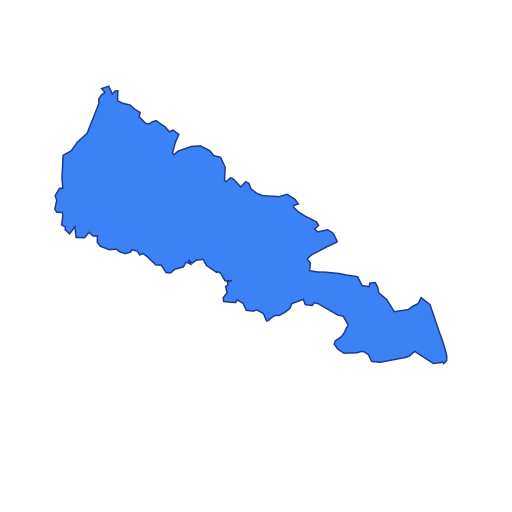 the district of Guaynabo, Puerto Rico, rotated 120°
{"feature_id": "32010507B75781996269938", "entity_name": "Guaynabo", "entity_type": "district", "adm_level": 2, "iso_a3": "PRI", "parent_name": "Puerto Rico", "parent_adm1": "", "projection": "robinson", "projection_center": [-66.113, 18.359], "detail": "fine", "context": "isolated", "style": "filled", "palette": "blue", "viewbox_px": 512, "rotation_deg": 120, "n_neighbors": 0, "source": "geoboundaries", "source_scale": "gbopen_adm2", "svg_char_len": 2772}
<svg xmlns="http://www.w3.org/2000/svg" viewBox="0 0 512 512"><g transform="rotate(120 256 256)"><path d="M211.1,81.0L209.5,92.2L216.1,91.8L220.8,95.0L226.2,97.3L235.1,108.4L228.3,121.1L226.6,131.0L221.8,135.5L219.4,139.5L222.7,143.9L225.9,142.6L228.6,149.3L223.2,157.7L224.5,161.2L225.8,164.5L227.3,168.1L229.4,174.8L235.2,187.6L239.2,195.0L241.9,202.3L235.0,205.4L233.0,210.2L227.3,208.5L220.7,204.3L212.1,198.9L203.9,193.1L202.8,193.0L198.8,198.8L197.6,201.5L197.5,207.2L204.3,214.7L203.3,218.7L198.1,217.1L196.2,220.8L196.9,233.4L196.6,241.5L195.1,247.7L193.4,248.8L189.8,245.3L187.4,250.5L187.1,258.0L187.1,260.1L193.0,265.5L200.3,280.2L201.3,286.1L200.4,293.9L196.6,298.5L197.0,302.2L203.8,303.6L200.6,314.5L201.0,317.2L206.6,319.0L206.1,321.1L199.8,324.4L194.5,327.1L193.0,329.3L188.2,336.1L190.2,342.8L187.9,348.7L188.4,359.3L190.5,362.3L193.4,366.8L204.4,376.1L209.3,377.7L208.5,379.9L197.8,382.7L189.3,383.6L188.4,390.8L191.7,393.1L189.7,399.1L188.8,410.3L191.1,412.4L195.3,414.9L196.3,418.1L195.8,420.0L193.8,426.9L189.6,428.0L189.6,433.7L188.2,440.6L190.3,447.4L190.8,453.5L182.0,458.3L183.4,460.5L187.6,461.4L182.6,468.4L188.2,473.4L189.9,468.5L193.6,470.3L198.6,470.7L202.4,468.3L234.2,463.6L247.1,467.7L257.3,468.6L264.6,473.0L265.5,473.3L285.1,463.2L287.3,461.8L293.9,457.1L295.5,460.0L304.2,460.1L307.4,456.4L316.0,453.7L317.7,450.5L315.3,445.8L316.5,444.0L326.3,439.9L326.2,435.5L328.7,434.4L330.0,428.5L321.3,427.5L329.9,421.1L325.9,413.6L319.0,412.5L320.1,407.0L318.1,403.3L323.5,400.3L325.4,395.8L323.9,386.3L320.0,380.3L320.5,375.7L319.2,370.3L315.4,366.6L312.7,366.7L311.1,361.0L313.2,357.3L310.4,355.0L310.8,350.7L313.8,338.4L311.3,333.4L315.3,325.7L313.4,321.5L308.2,319.8L301.7,313.4L296.3,313.5L295.7,308.4L293.1,312.8L294.1,307.7L289.5,305.6L285.3,300.1L289.0,294.1L289.9,281.7L288.7,281.3L288.6,278.1L293.0,270.3L289.3,264.6L292.7,267.8L295.1,265.7L297.6,267.1L302.2,262.7L308.5,263.5L311.6,261.3L309.0,255.5L308.9,255.0L306.4,250.3L303.5,250.6L303.4,243.6L307.8,237.5L307.9,237.1L305.8,232.4L304.6,230.2L302.3,228.6L302.1,220.9L307.0,214.3L305.2,212.8L302.1,212.0L298.1,209.9L297.0,208.1L295.6,205.9L289.3,202.3L284.5,200.5L282.5,200.7L279.4,201.2L270.1,193.5L269.9,193.4L273.4,189.1L270.9,182.7L267.2,182.1L266.2,178.2L266.2,155.5L264.5,150.2L264.8,149.9L269.7,141.7L270.7,141.6L273.1,141.7L278.9,141.2L283.1,141.7L287.8,143.9L289.9,144.8L293.2,144.2L295.7,138.8L296.2,131.3L289.2,120.0L286.3,117.4L284.9,114.8L285.2,109.4L289.5,103.0L287.6,98.8L285.9,95.2L274.7,82.3L268.5,75.1L267.0,74.1L266.5,73.4L260.2,71.1L259.2,70.8L259.5,66.1L260.4,48.5L254.6,41.1L255.3,39.6L251.2,38.6L247.4,40.7L247.0,41.0L244.6,43.3L241.0,47.0L236.9,51.3L232.9,55.9L230.7,58.7L212.0,80.0L211.1,81.0Z" fill="#3b82f6" stroke="#1e3a8a" stroke-width="1.5"/></g></svg>